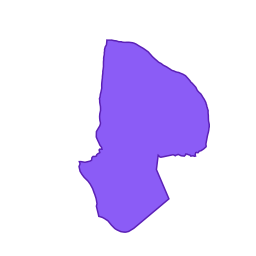 Kurmi, Taraba, Nigeria, rotated 321°
{"feature_id": "59680162B29995960925404", "entity_name": "Kurmi", "entity_type": "district", "adm_level": 2, "iso_a3": "NGA", "parent_name": "Nigeria", "parent_adm1": "Taraba", "projection": "robinson", "projection_center": [10.665, 7.257], "detail": "fine", "context": "isolated", "style": "filled", "palette": "violet", "viewbox_px": 256, "rotation_deg": 321, "n_neighbors": 0, "source": "geoboundaries", "source_scale": "gbopen_adm2", "svg_char_len": 2826}
<svg xmlns="http://www.w3.org/2000/svg" viewBox="0 0 256 256"><g transform="rotate(321 128 128)"><path d="M69.0,123.5L68.2,125.7L65.7,127.1L63.5,131.5L63.0,135.2L62.9,138.8L63.5,144.2L63.3,147.9L62.4,152.8L60.9,157.0L60.5,158.4L58.8,162.8L56.3,167.3L54.2,168.9L51.6,174.4L50.9,175.9L50.6,176.5L49.7,178.3L50.1,178.8L51.8,181.3L52.6,183.2L54.0,187.5L54.0,193.1L54.4,197.1L54.6,198.3L55.4,200.4L57.2,204.0L59.2,206.2L60.7,207.5L63.4,208.8L69.3,209.6L87.8,209.3L88.0,209.3L115.2,208.8L123.9,178.2L133.2,169.2L134.3,168.2L134.6,170.7L135.2,171.4L137.0,172.4L144.0,176.0L146.2,177.1L147.0,178.5L147.2,179.3L147.9,179.4L148.5,179.3L149.2,179.8L150.3,180.0L151.1,181.5L151.8,183.0L154.1,185.3L155.0,185.1L155.8,185.2L156.5,184.6L157.0,185.1L157.4,185.3L157.9,186.4L158.4,187.1L159.1,188.0L159.1,188.8L159.1,189.4L160.4,190.1L161.2,190.6L161.7,191.7L162.8,192.3L163.4,191.0L165.1,189.8L166.0,190.1L166.5,191.0L167.0,191.3L168.1,191.0L168.7,190.8L170.5,191.6L173.7,191.9L176.9,191.7L177.3,191.3L178.4,189.5L184.5,184.3L186.3,182.9L187.5,182.1L189.4,180.5L190.9,179.0L191.9,178.2L193.4,176.3L194.6,174.0L194.7,173.7L195.5,172.5L197.3,170.1L198.2,169.0L199.7,166.7L200.6,165.6L201.3,164.8L201.8,163.3L202.4,162.1L202.7,161.0L203.6,159.5L203.9,158.4L204.5,157.2L205.0,155.0L205.3,153.5L205.5,151.3L205.8,149.4L206.0,147.2L205.6,145.0L205.5,142.4L206.3,139.1L206.2,136.5L206.1,134.7L206.0,133.5L206.0,133.2L205.7,132.1L205.9,130.2L205.8,127.3L205.7,125.4L205.6,123.6L204.5,120.7L203.1,118.2L202.4,116.8L201.4,115.7L200.4,114.3L199.7,112.8L198.3,110.7L197.9,109.2L197.2,107.1L196.5,104.9L195.7,103.1L195.0,101.6L194.3,98.7L193.2,96.2L193.0,94.9L192.8,93.6L192.4,91.5L191.9,88.2L191.8,86.7L191.8,85.6L191.7,84.1L191.6,81.5L190.9,79.0L190.1,76.1L189.7,75.0L188.7,72.5L187.9,70.3L187.2,68.1L186.1,65.9L185.1,64.5L182.8,62.1L178.8,58.9L177.8,57.9L177.1,56.8L175.1,55.1L173.7,52.9L172.3,51.5L170.6,49.4L169.3,48.4L167.6,47.0L166.9,46.4L166.4,47.0L163.6,49.8L162.6,50.2L161.4,50.6L160.6,51.2L159.2,52.2L158.3,53.4L157.0,54.5L156.1,55.7L155.2,56.5L154.3,57.2L153.0,58.4L152.1,59.6L150.6,61.1L149.3,62.7L148.4,63.8L147.8,64.6L146.3,66.1L145.0,67.3L144.1,68.1L142.9,69.6L141.6,70.8L140.4,72.0L139.5,73.1L138.6,73.9L137.3,75.2L137.0,75.5L135.5,77.0L133.9,78.9L132.7,80.5L131.2,81.7L129.9,82.8L127.7,84.4L126.5,85.6L125.6,86.4L124.3,87.2L123.4,88.7L122.2,90.2L121.3,91.8L120.1,94.0L118.9,95.6L117.7,97.1L116.7,97.9L115.2,99.1L113.3,101.0L112.1,102.6L110.9,104.5L110.0,106.4L109.1,107.5L107.2,108.7L105.4,109.3L102.8,110.3L101.2,110.9L97.7,115.0L97.3,116.3L96.8,118.2L96.0,121.5L95.4,123.5L95.3,126.4L94.7,127.5L94.5,127.9L94.4,128.1L92.7,126.6L91.7,126.9L90.6,129.4L88.3,129.0L86.8,129.1L86.0,129.8L84.5,129.4L83.0,128.1L81.4,128.3L79.4,130.1L77.6,129.8L73.0,127.6L70.2,124.4L69.0,123.5Z" fill="#8b5cf6" stroke="#5b21b6" stroke-width="1.5"/></g></svg>